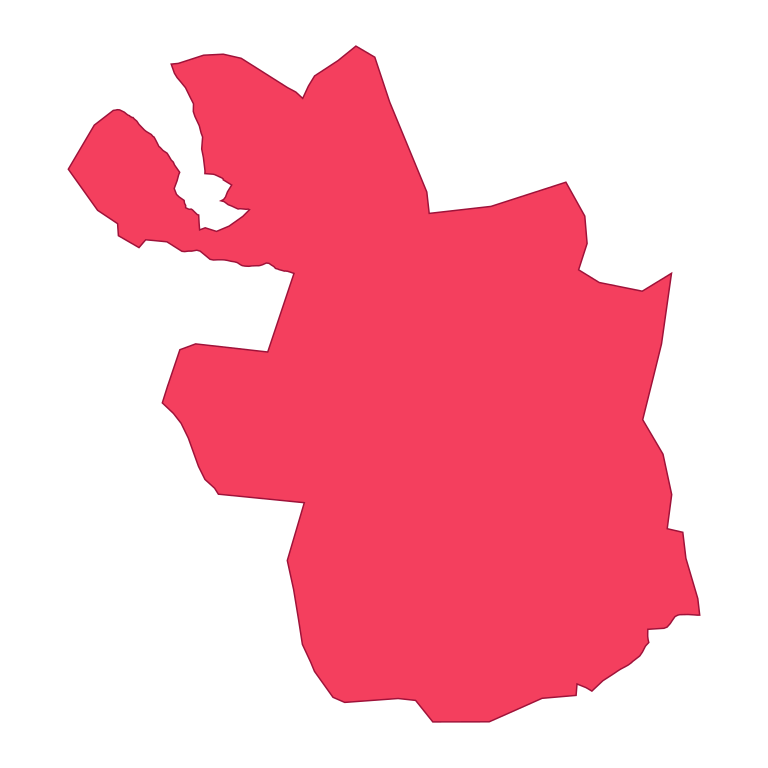 outline of Ido-Osi, Ekiti, Nigeria
{"feature_id": "59680162B17555212909244", "entity_name": "Ido-Osi", "entity_type": "district", "adm_level": 2, "iso_a3": "NGA", "parent_name": "Nigeria", "parent_adm1": "Ekiti", "projection": "robinson", "projection_center": [5.146, 7.853], "detail": "fine", "context": "isolated", "style": "filled", "palette": "rose", "viewbox_px": 768, "rotation_deg": 0, "n_neighbors": 0, "source": "geoboundaries", "source_scale": "gbopen_adm2", "svg_char_len": 3074}
<svg xmlns="http://www.w3.org/2000/svg" viewBox="0 0 768 768"><path d="M671.5,273.3L642.2,291.2L599.2,282.5L578.6,269.8L587.1,243.5L584.8,216.1L565.9,182.2L491.0,206.4L429.2,213.4L426.8,192.0L389.7,102.1L374.8,57.2L355.9,46.1L338.0,60.6L314.6,75.9L309.1,84.9L308.3,86.3L302.7,98.4L295.9,92.1L287.5,87.6L241.2,58.3L223.3,54.2L203.6,55.2L178.3,63.4L171.2,64.1L174.4,73.2L177.1,77.6L180.0,81.0L185.5,87.7L190.2,97.3L193.5,103.8L193.3,111.5L194.9,116.4L199.3,125.8L201.1,133.0L202.6,137.0L201.7,149.0L203.4,157.5L205.0,170.8L204.9,173.6L213.1,174.2L214.7,174.6L222.0,178.0L223.2,178.9L223.2,179.8L231.7,185.0L227.5,191.8L225.5,197.0L223.6,199.5L221.0,200.8L224.1,201.6L228.2,204.7L231.6,206.0L236.3,208.2L238.1,209.0L240.0,208.7L244.5,209.1L246.0,209.3L248.2,209.1L249.5,209.7L242.9,216.3L229.1,226.1L216.5,231.4L205.2,227.8L199.6,229.9L199.1,223.1L198.7,215.0L197.3,214.6L193.9,211.3L192.5,209.9L191.2,209.1L189.0,209.3L187.1,208.4L185.6,207.7L185.7,205.5L184.5,203.2L184.1,200.4L179.1,196.9L176.5,194.4L174.2,188.5L177.1,180.7L178.7,174.7L179.7,172.3L174.6,165.1L173.3,162.1L171.2,160.0L169.1,156.4L167.1,153.2L163.0,150.5L160.1,147.4L158.9,146.5L157.4,143.4L155.2,139.1L154.0,137.0L152.8,136.3L151.3,134.5L146.3,131.5L144.4,130.0L139.0,124.4L136.8,121.1L134.4,119.1L133.0,117.5L132.0,117.5L130.8,116.7L130.1,116.5L129.6,115.7L128.0,115.1L126.5,114.0L124.4,112.2L119.7,109.9L117.3,109.7L115.6,110.1L113.3,110.4L94.3,125.1L68.3,169.2L97.6,210.3L117.2,223.4L117.6,223.7L118.4,235.7L139.0,247.6L145.7,239.8L153.6,240.5L166.9,241.8L181.9,251.3L184.7,251.6L188.5,251.1L191.8,251.1L196.8,250.2L200.1,251.1L209.2,258.6L210.0,259.3L213.4,260.0L217.6,259.8L222.4,259.8L224.3,259.9L227.4,260.4L231.2,261.3L234.5,261.8L237.3,262.6L240.6,264.8L242.2,265.6L245.0,266.1L248.9,266.3L251.8,265.9L256.7,265.7L258.9,265.7L260.0,265.5L262.6,264.7L265.0,263.6L266.5,263.0L269.1,263.4L271.5,265.1L272.5,265.7L273.9,266.6L275.5,268.4L276.0,268.6L277.7,269.0L279.0,269.6L282.7,270.6L284.3,271.1L285.5,271.0L286.7,271.2L287.4,271.2L288.2,271.5L289.9,272.0L292.2,272.8L294.0,273.4L268.2,350.6L267.7,352.0L195.6,343.9L179.9,349.7L168.2,384.4L167.9,385.1L162.3,402.9L173.4,413.4L181.1,423.3L188.3,438.0L198.5,466.4L205.0,479.5L214.6,488.2L218.4,494.2L304.3,502.7L287.3,560.5L293.6,589.4L298.5,619.2L302.4,644.4L310.7,662.2L314.5,671.4L333.0,697.3L344.7,702.4L398.1,698.5L415.6,700.4L432.8,721.9L489.2,721.8L542.1,698.3L576.1,695.4L577.0,684.0L586.0,687.6L591.9,691.1L601.2,682.3L602.9,680.7L614.3,673.3L616.5,671.8L617.2,671.3L620.5,669.2L627.2,665.6L628.4,664.9L630.7,663.2L631.8,662.4L632.2,661.8L635.2,659.5L637.5,657.7L639.8,655.9L642.5,651.9L645.2,646.6L645.9,645.6L648.8,642.5L648.1,639.6L647.9,638.0L647.7,636.4L647.7,634.0L647.8,629.3L662.1,628.4L664.0,628.3L664.4,628.1L667.1,627.1L668.7,625.3L670.3,623.5L672.1,620.7L675.0,616.6L677.7,615.2L679.5,614.7L683.0,614.6L688.0,614.5L693.2,614.8L697.1,615.1L699.7,615.1L697.8,598.6L685.9,558.3L682.8,532.3L667.2,528.7L671.7,494.6L663.0,454.2L642.7,419.7L654.2,373.6L661.5,344.0L671.5,273.3Z" fill="#f43f5e" stroke="#9f1239" stroke-width="1.5"/></svg>